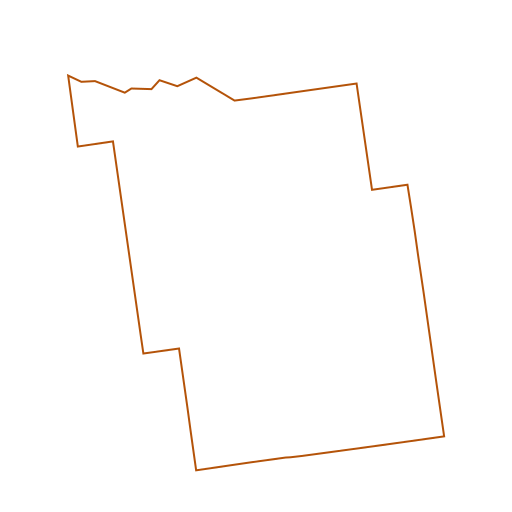 Marshall, Mississippi, United States of America, rotated 172°
{"feature_id": "52423323B50167951251333", "entity_name": "Marshall", "entity_type": "district", "adm_level": 2, "iso_a3": "USA", "parent_name": "United States of America", "parent_adm1": "Mississippi", "projection": "mercator", "projection_center": [-89.469, 34.745], "detail": "fine", "context": "isolated", "style": "outline", "palette": "amber", "viewbox_px": 512, "rotation_deg": 172, "n_neighbors": 0, "source": "geoboundaries", "source_scale": "gbopen_adm2", "svg_char_len": 603}
<svg xmlns="http://www.w3.org/2000/svg" viewBox="0 0 512 512"><g transform="rotate(172 256 256)"><path d="M345.1,52.1L309.4,52.3L289.7,52.4L254.7,52.3L250.1,51.9L238.4,51.6L202.1,51.4L148.8,51.2L148.7,51.2L94.8,51.2L95.0,106.8L95.1,195.7L95.4,234.3L95.4,258.3L95.7,282.8L96.1,305.5L131.9,305.4L132.4,412.8L238.5,412.7L255.6,412.9L290.2,440.9L310.3,435.1L327.1,443.5L336.3,435.8L356.1,439.2L363.2,436.0L391.1,451.6L404.7,452.8L416.9,460.8L417.2,389.2L381.7,389.4L381.4,276.1L381.2,194.6L381.1,175.1L345.1,175.1L345.0,115.3L345.1,91.3L345.1,52.1Z" fill="none" stroke="#b45309" stroke-width="2"/></g></svg>